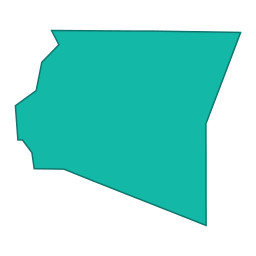 General Ocampo, La Rioja, Argentina (Robinson projection)
{"feature_id": "61730980B1877190753616", "entity_name": "General Ocampo", "entity_type": "district", "adm_level": 2, "iso_a3": "ARG", "parent_name": "Argentina", "parent_adm1": "La Rioja", "projection": "robinson", "projection_center": [-66.039, -31.058], "detail": "fine", "context": "isolated", "style": "filled", "palette": "teal", "viewbox_px": 256, "rotation_deg": 0, "n_neighbors": 0, "source": "geoboundaries", "source_scale": "gbopen_adm2", "svg_char_len": 500}
<svg xmlns="http://www.w3.org/2000/svg" viewBox="0 0 256 256"><path d="M240.6,32.5L238.5,32.4L207.0,31.9L195.1,31.7L191.4,31.7L153.8,31.1L145.6,31.1L138.9,31.1L51.6,30.5L58.9,44.7L41.8,62.3L36.2,90.6L15.4,105.7L17.9,139.9L22.5,140.0L31.9,152.6L34.2,168.7L63.7,169.1L65.3,169.7L71.1,172.0L75.0,173.6L93.1,180.9L128.6,194.9L161.7,207.9L184.7,217.0L203.4,224.4L206.1,225.5L206.0,191.9L206.0,187.2L206.0,153.3L205.9,123.8L220.0,86.8L240.6,32.5Z" fill="#14b8a6" stroke="#0f766e" stroke-width="1.5"/></svg>